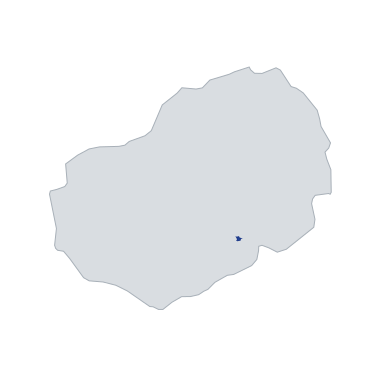 location of Chair, Butel, North Macedonia, rotated 165°
{"feature_id": "65306769B39088451231406", "entity_name": "Chair", "entity_type": "district", "adm_level": 2, "iso_a3": "MKD", "parent_name": "North Macedonia", "parent_adm1": "Butel", "projection": "robinson", "projection_center": [21.439, 42.011], "detail": "fine", "context": "in_parent", "style": "filled", "palette": "blue", "viewbox_px": 384, "rotation_deg": 165, "n_neighbors": 0, "source": "geoboundaries", "source_scale": "gbopen_adm2", "svg_char_len": 1340}
<svg xmlns="http://www.w3.org/2000/svg" viewBox="0 0 384 384"><g transform="rotate(165 192 192)"><path d="M173.2,101.6L179.5,102.4L193.3,98.8L201.9,93.8L206.3,93.1L212.2,91.1L220.5,91.4L229.1,93.6L239.9,90.7L250.5,86.1L254.7,87.2L259.3,91.2L262.4,92.3L280.1,113.2L289.8,121.7L301.2,128.1L314.3,132.8L318.9,137.3L327.4,159.5L331.4,168.0L336.9,170.5L338.3,172.9L338.5,176.1L332.4,191.8L330.2,226.8L328.6,229.6L322.1,229.5L313.5,230.2L310.2,232.9L306.8,251.8L292.9,257.2L280.3,260.2L269.6,259.5L250.8,255.0L244.7,254.6L239.5,257.1L222.8,258.5L215.4,261.8L198.2,283.8L180.7,291.4L174.8,295.3L161.4,290.4L155.0,289.9L145.8,295.5L125.5,296.1L120.0,297.1L104.4,297.9L103.8,294.9L100.9,290.5L93.6,288.4L78.7,290.2L75.1,286.9L69.0,268.2L64.3,265.2L58.9,258.9L49.9,238.6L49.8,229.6L50.4,221.9L45.5,203.6L48.6,199.0L53.2,196.1L53.3,188.8L52.1,177.6L57.6,155.7L59.1,154.1L60.5,155.2L73.9,156.9L77.3,154.1L79.5,149.8L80.3,133.8L83.5,126.4L115.7,112.3L125.2,111.8L132.4,118.3L138.2,122.4L141.6,122.3L142.9,118.1L146.8,110.1L153.4,105.5L173.0,101.6L173.2,101.6Z" fill="#d9dde1" stroke="#a8b0b8" stroke-width="1"/><path d="M158.1,133.2L157.8,133.6L158.0,134.7L157.6,134.7L158.4,135.2L158.7,136.5L159.2,136.6L159.7,136.1L160.4,136.5L159.9,134.5L160.4,134.0L160.0,134.0L160.2,133.4L158.1,133.2Z" fill="#3b82f6" stroke="#1e3a8a" stroke-width="1.5"/></g></svg>